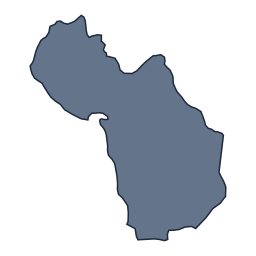 Maradong, Sarawak, Malaysia
{"feature_id": "92858781B62656857098547", "entity_name": "Maradong", "entity_type": "district", "adm_level": 2, "iso_a3": "MYS", "parent_name": "Malaysia", "parent_adm1": "Sarawak", "projection": "orthographic", "projection_center": [111.617, 2.17], "detail": "fine", "context": "isolated", "style": "filled", "palette": "slate", "viewbox_px": 256, "rotation_deg": 0, "n_neighbors": 0, "source": "geoboundaries", "source_scale": "gbopen_adm2", "svg_char_len": 1807}
<svg xmlns="http://www.w3.org/2000/svg" viewBox="0 0 256 256"><path d="M126.9,224.3L135.1,228.6L136.4,236.3L137.9,239.8L153.9,238.9L158.7,239.3L164.6,240.6L167.7,239.5L167.4,234.3L168.7,230.4L174.9,230.1L179.0,229.5L184.9,227.1L191.5,226.4L195.7,228.5L206.1,217.5L212.7,208.7L220.5,203.0L223.6,198.7L225.5,196.7L225.8,187.1L224.7,184.0L223.6,181.4L222.5,179.2L220.8,176.2L219.0,172.2L223.4,135.3L221.8,133.3L217.5,131.8L214.9,131.6L211.4,129.2L208.3,128.3L205.5,125.3L204.6,121.5L202.6,115.9L200.9,111.5L195.4,108.2L191.5,106.9L187.8,104.7L184.7,101.4L181.9,97.3L176.8,91.4L175.7,89.0L174.9,87.7L174.9,87.2L173.3,83.5L173.1,80.7L172.9,76.5L171.4,72.8L169.8,69.8L166.6,66.9L164.4,64.3L165.0,60.8L164.4,57.1L160.7,54.7L155.9,55.6L153.2,55.8L146.0,61.5L141.6,65.8L136.8,70.9L132.0,73.5L124.0,73.3L120.0,69.8L118.7,64.3L115.0,58.2L106.5,56.0L106.3,52.9L104.5,51.8L103.4,49.7L105.2,44.9L101.0,40.7L101.4,39.4L101.4,35.2L97.5,34.8L91.8,36.1L89.2,37.4L87.2,34.8L86.2,30.2L85.7,24.5L85.1,20.2L83.8,17.1L81.3,15.4L78.9,17.5L74.4,21.5L67.8,24.1L63.7,23.2L60.4,21.0L57.1,21.5L54.7,24.5L52.7,25.2L50.1,26.3L49.7,28.3L49.4,29.3L49.0,32.2L46.0,37.0L43.3,38.5L40.9,40.5L37.4,47.3L35.7,51.8L33.7,59.9L32.6,62.5L30.2,65.8L30.7,69.1L32.0,73.7L34.7,78.4L36.1,79.2L38.3,80.9L42.2,83.3L43.2,85.2L44.6,87.6L47.0,91.4L47.9,92.9L50.9,97.2L55.5,101.2L60.4,104.4L64.6,109.7L72.1,114.2L75.8,116.1L81.2,118.8L87.9,119.9L88.4,116.8L91.6,113.3L94.4,113.2L99.0,112.8L102.8,113.2L107.5,116.4L107.9,118.1L107.9,119.3L105.3,119.6L101.5,118.9L100.1,119.5L99.7,121.0L100.5,124.5L103.9,128.7L105.4,131.8L106.3,135.0L107.7,146.3L107.5,150.7L108.5,155.4L112.1,159.3L114.7,163.5L116.9,175.5L117.6,183.6L117.4,189.5L118.5,194.3L122.4,197.8L127.7,205.7L128.3,212.7L128.1,221.4L126.9,224.3Z" fill="#64748b" stroke="#1e293b" stroke-width="1.5"/></svg>